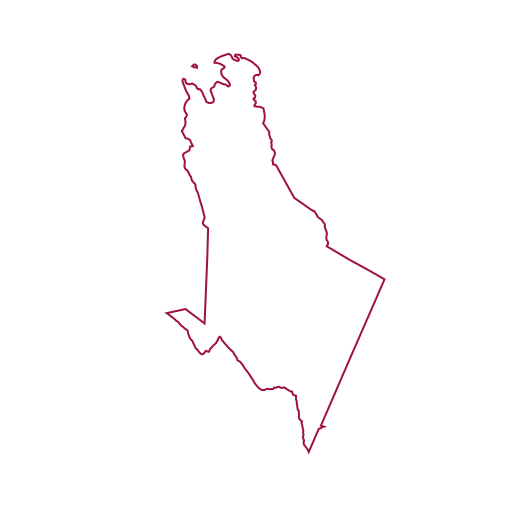 Bragança, Pará, Brazil (Robinson projection), rotated 334°
{"feature_id": "56859067B69976129931253", "entity_name": "Bragança", "entity_type": "district", "adm_level": 2, "iso_a3": "BRA", "parent_name": "Brazil", "parent_adm1": "Pará", "projection": "robinson", "projection_center": [-46.769, -1.181], "detail": "fine", "context": "isolated", "style": "outline", "palette": "rose", "viewbox_px": 512, "rotation_deg": 334, "n_neighbors": 0, "source": "geoboundaries", "source_scale": "gbopen_adm2", "svg_char_len": 4653}
<svg xmlns="http://www.w3.org/2000/svg" viewBox="0 0 512 512"><g transform="rotate(334 256 256)"><path d="M322.4,150.3L321.3,144.3L320.6,139.8L322.3,138.4L323.6,136.9L324.6,135.1L325.5,133.4L326.2,131.1L326.7,129.2L327.4,126.7L326.2,125.0L324.4,123.2L322.6,122.5L321.5,121.4L320.3,120.7L321.2,119.4L322.8,118.6L323.6,116.6L322.8,115.2L322.7,113.5L324.6,113.2L325.8,111.4L325.4,109.5L325.4,107.7L327.2,106.9L328.5,106.6L329.4,105.7L330.1,104.1L329.9,101.8L331.4,101.3L331.8,99.8L330.9,98.2L331.8,95.0L333.0,93.9L334.3,93.3L336.2,93.5L337.4,94.6L339.0,94.0L340.3,92.8L340.7,90.9L340.7,88.8L340.6,87.2L339.7,84.7L338.6,82.4L338.0,80.7L337.2,79.3L335.8,77.2L334.8,76.0L333.7,74.6L332.6,73.2L331.4,72.5L330.1,72.2L329.6,70.6L330.2,68.8L328.9,67.7L327.2,66.7L325.5,66.1L324.6,67.3L325.8,68.8L326.7,70.3L326.8,72.0L325.4,72.9L323.9,71.6L322.6,70.4L321.4,68.3L321.6,66.3L321.4,64.4L320.4,62.6L318.5,62.0L316.8,61.9L314.6,61.5L312.0,61.3L309.9,61.3L308.3,61.4L307.0,61.5L305.8,61.9L304.3,62.7L303.4,64.1L305.1,65.1L306.6,66.3L308.3,67.8L309.3,69.5L310.1,70.6L310.8,71.9L309.7,73.1L307.5,73.2L306.1,73.9L305.2,75.7L304.6,77.8L304.8,79.6L305.3,81.5L306.1,83.2L307.0,85.0L307.5,86.6L307.8,88.5L307.8,90.2L307.0,91.5L305.2,91.4L304.2,89.2L303.0,87.9L301.4,86.7L300.5,85.4L299.2,83.9L297.8,82.5L296.3,82.7L294.4,83.5L292.8,85.2L291.5,85.5L290.0,85.6L288.7,86.1L287.8,87.2L287.5,89.0L287.4,90.5L287.3,92.1L287.1,94.4L286.8,97.2L285.1,98.9L283.6,98.9L282.2,98.6L280.6,97.7L279.0,95.8L279.3,91.9L279.2,89.7L279.3,87.7L279.5,84.4L278.6,81.3L277.0,80.7L276.5,78.7L276.6,76.3L275.1,74.3L274.2,72.9L272.4,72.9L270.4,71.7L269.0,70.2L269.0,68.5L269.8,66.5L268.5,64.9L267.1,65.7L266.4,67.1L266.2,69.1L266.0,71.7L265.7,74.7L265.6,77.0L265.7,80.2L265.9,82.6L265.1,85.5L263.8,85.7L262.1,86.3L260.5,87.2L258.9,88.3L257.7,89.8L256.5,91.2L256.0,92.9L255.4,94.5L255.7,96.4L255.7,99.0L254.2,100.4L252.4,101.1L251.7,103.9L250.8,105.8L249.7,107.2L248.8,108.1L247.3,109.0L245.9,110.1L244.1,111.2L244.2,112.9L244.2,114.5L244.3,116.7L244.3,119.3L246.1,120.6L247.6,122.9L247.4,125.2L247.4,129.5L246.1,129.2L244.8,128.7L242.6,131.7L240.7,131.9L238.3,132.1L236.4,132.2L234.9,132.9L234.4,134.3L233.9,136.4L233.7,139.5L232.6,141.3L231.5,143.1L230.7,144.9L230.8,147.6L231.8,149.0L231.9,154.3L232.3,156.4L231.7,158.6L231.6,160.7L232.4,163.3L232.9,165.1L232.0,167.4L231.6,168.9L231.3,170.7L231.5,172.7L231.3,174.5L229.6,184.1L229.1,187.6L226.7,199.1L224.6,200.8L223.1,202.4L222.4,203.7L222.9,205.8L224.2,208.3L225.1,210.1L212.5,234.2L211.6,235.9L194.3,268.0L180.2,294.1L177.9,289.5L169.4,272.8L158.5,270.1L150.7,268.2L151.9,270.3L153.1,272.9L154.4,275.4L155.2,277.0L155.6,278.6L157.1,281.1L157.8,284.2L158.4,285.9L159.4,287.9L160.3,290.2L161.7,292.6L161.6,294.4L161.0,296.2L160.6,300.1L160.9,302.6L161.6,304.5L161.4,307.3L161.5,310.7L161.3,312.2L162.2,314.4L162.7,317.1L163.4,319.3L164.1,320.6L165.8,320.9L167.6,320.2L169.2,319.2L171.5,321.4L172.7,320.7L174.0,319.4L175.2,319.1L178.7,317.6L181.8,316.8L183.1,315.8L184.6,315.0L185.8,313.7L187.8,312.6L188.7,313.9L188.5,316.4L188.9,318.2L189.6,320.8L190.4,324.0L190.9,325.9L191.6,327.9L192.3,329.9L193.3,332.0L193.5,335.5L194.0,338.6L193.6,341.6L195.1,343.6L195.6,345.0L196.2,347.6L196.6,351.8L197.4,355.6L198.0,358.9L198.8,365.2L199.1,368.2L199.1,369.8L199.7,372.5L200.3,375.0L201.0,376.6L202.2,378.7L203.4,379.4L204.7,380.2L206.6,380.1L208.1,380.5L210.0,381.7L213.1,383.0L214.7,382.3L216.0,383.1L217.4,383.1L219.2,383.6L221.1,385.9L223.7,386.4L227.6,392.8L229.0,393.7L228.4,396.7L229.3,397.9L230.7,399.2L229.2,402.2L228.9,403.9L228.6,405.3L227.7,407.1L227.4,408.6L226.2,412.2L226.6,413.8L225.8,415.8L225.1,417.4L224.2,419.1L223.5,421.1L223.8,422.6L224.9,424.9L223.6,426.2L223.3,428.7L222.6,430.9L222.2,433.1L221.4,434.6L220.7,435.9L220.4,437.5L218.8,439.1L218.2,443.1L217.0,444.5L216.4,446.3L216.7,447.8L217.1,449.9L217.6,452.8L217.5,455.3L224.6,449.2L236.7,438.8L238.7,439.2L240.4,438.9L242.2,439.1L239.9,437.0L298.7,386.6L335.4,355.4L361.3,333.3L350.6,317.6L338.0,299.8L323.8,278.2L326.2,276.6L326.8,274.8L326.6,272.3L327.0,270.7L328.1,269.0L329.6,266.9L330.0,265.3L330.3,261.9L330.6,259.7L331.8,257.8L331.2,255.0L331.0,252.5L329.4,249.6L328.7,248.1L328.6,245.8L328.3,243.3L328.0,240.9L326.9,240.4L315.9,220.6L315.3,210.3L315.0,204.6L314.7,198.9L313.9,183.5L313.1,182.3L311.4,181.1L312.4,179.0L312.6,177.4L313.9,175.9L315.6,174.7L316.9,173.6L318.2,171.8L318.4,168.9L317.3,166.9L317.6,164.8L319.1,162.4L319.3,160.6L320.5,159.8L320.9,158.2L320.4,156.5L320.8,154.9L321.0,153.2L321.6,151.5L322.4,150.3ZM286.3,59.5L285.4,57.4L284.1,56.7L281.8,57.4L282.9,59.1L284.4,60.0L285.4,60.9L286.3,59.5Z" fill="none" stroke="#9f1239" stroke-width="2"/></g></svg>